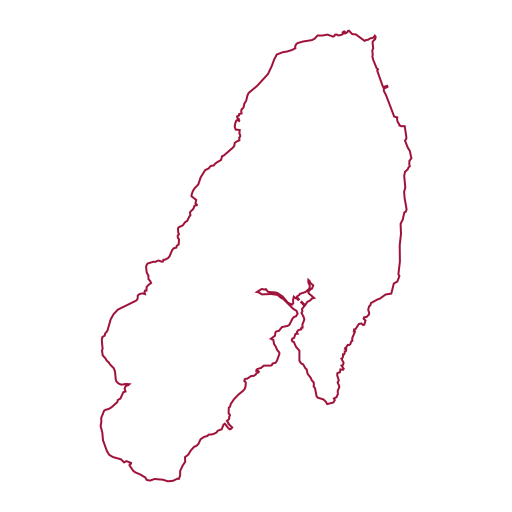 Maap, Federated States of Micronesia (orthographic projection)
{"feature_id": "79324940B26279629748947", "entity_name": "Maap", "entity_type": "district", "adm_level": 2, "iso_a3": "FSM", "parent_name": "Federated States of Micronesia", "parent_adm1": "", "projection": "orthographic", "projection_center": [138.163, 9.592], "detail": "fine", "context": "isolated", "style": "outline", "palette": "rose", "viewbox_px": 512, "rotation_deg": 0, "n_neighbors": 0, "source": "geoboundaries", "source_scale": "gbopen_adm2", "svg_char_len": 6063}
<svg xmlns="http://www.w3.org/2000/svg" viewBox="0 0 512 512"><path d="M407.8,147.7L405.0,140.6L406.3,138.8L406.3,136.7L404.7,126.2L401.1,126.2L400.7,125.7L399.4,125.5L399.1,124.1L397.6,121.7L397.0,118.9L397.3,117.4L394.2,116.6L386.1,95.3L383.9,91.0L383.8,88.6L387.5,86.9L387.1,85.8L383.2,87.1L382.6,85.9L377.2,70.6L378.0,69.3L376.6,68.1L373.3,60.1L372.4,56.8L372.7,54.9L372.3,50.4L373.2,48.3L372.5,42.2L373.5,40.6L375.1,39.3L375.7,36.9L374.8,35.7L373.4,37.7L370.4,38.3L368.0,39.8L366.1,40.0L364.6,40.9L355.8,34.4L352.2,34.1L349.0,30.7L348.0,30.9L347.4,32.2L345.4,33.4L344.8,33.4L345.1,32.1L344.5,31.5L343.6,31.6L342.7,32.4L343.1,33.6L342.0,34.6L339.4,35.3L338.0,35.3L336.6,34.5L335.0,34.7L334.3,36.1L332.9,36.6L327.5,34.6L322.5,35.5L317.5,35.5L314.8,38.6L311.9,40.1L303.1,41.5L297.8,43.0L296.1,44.3L295.1,46.6L295.4,48.2L292.2,49.9L287.2,51.5L282.8,52.2L276.8,54.5L274.1,59.6L271.7,66.2L268.0,74.0L257.1,85.9L248.6,93.0L247.4,95.6L246.2,100.7L244.2,103.8L244.0,105.9L243.2,108.0L241.6,109.3L241.2,111.1L241.6,113.4L239.1,114.1L239.0,115.5L237.1,116.4L237.2,117.7L238.7,118.8L239.3,120.5L239.0,121.0L237.5,119.9L236.3,120.6L235.2,123.5L234.7,126.8L235.7,129.6L239.7,130.0L239.4,133.5L240.2,135.3L240.1,136.7L239.2,137.7L239.4,140.3L236.3,141.7L234.7,143.0L234.2,146.1L232.6,147.9L223.8,155.5L222.0,156.3L221.1,159.9L216.7,162.5L214.7,164.1L214.1,165.2L213.2,165.7L211.4,165.7L209.9,166.7L209.0,168.2L205.0,170.3L200.6,177.5L198.3,184.4L194.5,188.4L192.8,191.2L191.6,194.7L191.5,196.3L196.2,199.9L195.5,203.3L196.9,204.9L196.6,205.4L195.4,205.3L194.3,206.0L193.9,207.7L192.7,209.6L190.7,211.4L190.0,212.5L190.4,215.4L189.3,216.5L187.2,221.0L185.3,222.0L182.6,225.5L178.6,227.3L178.0,228.5L178.2,232.5L179.0,234.3L177.7,235.6L177.8,237.6L179.0,239.3L178.7,244.4L176.7,245.9L176.3,247.6L173.7,248.3L172.2,250.0L169.5,256.4L168.0,258.1L165.0,259.7L163.4,259.8L162.9,261.5L161.7,261.7L158.9,260.6L157.4,260.8L155.7,261.8L153.2,261.8L147.6,263.5L146.4,265.4L146.1,267.3L146.7,272.5L148.4,275.6L148.5,279.2L150.2,281.0L151.1,283.0L148.4,285.0L146.6,287.1L146.5,290.6L145.0,290.6L144.5,291.8L145.0,294.1L142.6,293.4L139.6,294.0L137.8,295.5L137.6,298.6L137.0,299.8L135.8,300.8L117.9,309.6L113.7,314.0L110.7,319.3L107.4,330.8L105.1,333.6L104.7,335.6L102.4,337.0L101.8,340.2L102.6,348.7L102.0,350.5L102.7,355.4L105.3,358.2L107.0,361.0L108.5,362.1L110.1,364.5L113.8,368.3L115.0,371.5L115.8,379.9L116.8,382.0L118.9,383.7L121.5,384.7L126.0,383.9L129.3,384.2L128.2,385.2L125.7,386.0L124.6,388.6L125.5,391.5L123.3,392.2L120.4,398.6L117.8,400.0L117.3,402.1L111.6,407.2L108.9,408.9L105.3,409.9L104.1,410.7L101.2,418.0L101.3,422.0L100.6,426.1L102.3,432.5L103.0,440.3L106.9,451.0L109.2,454.8L112.8,457.0L120.9,459.3L124.1,462.4L126.3,461.1L131.0,462.9L131.0,463.7L129.6,464.6L129.5,465.4L133.2,470.8L135.2,472.3L140.3,474.5L145.3,477.5L146.7,479.9L149.9,480.6L154.6,479.0L162.9,479.7L167.9,481.3L173.1,480.8L177.3,478.7L178.8,478.9L180.1,475.6L180.2,470.8L182.8,465.3L185.2,461.8L185.0,457.2L188.4,454.5L190.7,450.6L194.0,446.9L196.5,445.8L198.4,444.0L200.6,439.2L204.3,436.8L207.4,436.0L208.5,434.7L212.4,434.3L214.4,433.6L216.5,432.5L217.6,430.8L221.7,429.3L223.5,424.7L224.8,423.7L228.2,428.0L229.7,429.3L231.0,428.9L232.2,427.5L228.3,423.7L228.5,423.1L226.9,420.9L228.7,419.5L229.4,417.9L229.1,416.9L230.0,415.1L228.6,413.2L228.8,407.7L230.0,406.7L230.8,403.9L234.0,399.2L238.3,394.7L243.2,390.7L244.7,388.8L245.4,387.2L245.8,382.9L245.3,381.6L244.4,381.2L244.6,379.4L245.5,378.8L247.2,378.7L251.0,376.1L253.9,375.8L255.6,374.7L256.3,373.4L258.6,372.2L258.8,371.6L258.0,371.0L256.3,370.9L256.5,369.9L257.4,369.0L260.9,368.0L263.9,365.6L270.8,365.6L272.0,364.9L272.6,363.5L275.7,362.7L276.9,360.7L279.4,354.0L279.3,352.5L277.1,349.9L275.6,346.3L274.1,344.2L273.3,339.9L270.9,338.8L275.0,335.7L275.4,332.5L276.2,331.5L279.0,330.8L281.9,327.1L287.6,325.9L289.3,324.9L292.7,318.3L294.1,316.9L296.0,316.3L297.6,313.7L296.5,310.8L293.3,308.9L283.1,298.8L281.1,297.9L277.6,294.9L271.1,294.0L261.8,294.4L258.9,292.5L256.9,292.0L261.7,289.0L265.0,289.6L265.8,289.1L268.1,291.9L275.8,292.5L277.5,293.1L282.6,296.5L287.9,302.7L292.1,304.6L293.2,303.3L293.1,299.8L293.8,296.7L295.7,298.3L296.3,298.0L298.2,299.9L298.9,299.3L296.8,297.1L297.0,296.5L299.4,294.9L299.8,293.9L305.5,292.0L308.9,289.0L309.7,287.5L309.7,285.5L308.3,282.2L308.4,279.9L309.6,281.1L310.4,283.0L313.2,285.4L312.0,288.6L310.8,289.1L308.8,291.1L308.3,292.3L308.9,293.5L314.1,298.0L311.6,298.7L310.4,300.3L307.2,302.0L305.1,305.2L301.7,301.8L301.2,302.4L304.5,305.8L302.0,309.0L302.4,311.4L301.5,312.8L303.8,317.4L304.3,319.7L302.4,324.5L302.6,327.6L301.5,327.7L301.0,328.6L301.2,329.4L298.6,330.0L297.5,331.1L296.9,332.0L297.6,333.7L295.5,333.9L294.1,337.9L292.2,338.7L291.8,340.2L292.4,341.5L293.8,341.9L296.0,346.8L299.4,350.7L299.4,360.4L300.2,362.2L301.4,363.6L303.1,364.3L305.6,368.6L306.6,369.2L307.6,373.8L310.9,378.1L311.7,380.3L313.6,382.2L313.9,385.1L313.6,386.4L315.0,388.1L316.5,396.1L317.8,397.7L323.4,399.4L325.8,401.7L327.2,404.1L333.4,402.5L334.8,400.1L333.9,398.5L336.5,397.2L337.9,394.0L337.7,390.9L339.3,387.1L339.1,385.7L337.6,382.4L338.8,380.5L337.2,375.4L337.4,373.1L339.9,372.3L340.4,369.4L342.9,369.8L343.7,368.7L341.5,365.6L342.9,365.0L343.6,362.8L341.4,358.7L342.3,358.3L343.0,356.7L343.0,354.3L344.2,354.3L344.6,353.5L344.7,351.4L345.8,351.2L346.2,349.5L344.9,348.8L345.3,348.0L346.3,347.9L346.4,346.8L347.8,344.9L349.1,345.0L350.3,344.2L351.3,341.4L352.4,340.8L352.2,338.1L354.9,331.9L353.8,331.5L354.2,329.4L355.2,329.6L358.9,323.9L361.5,323.5L363.0,325.0L364.3,324.7L365.5,320.5L363.6,318.7L364.2,317.2L366.4,317.1L368.9,314.6L369.2,313.0L368.2,309.8L369.0,306.6L370.5,305.0L370.9,303.1L377.2,299.6L380.1,298.5L385.6,294.5L391.3,293.6L393.8,283.5L397.3,281.6L399.4,276.1L398.4,274.2L399.9,261.5L399.7,245.4L401.0,233.7L400.6,223.8L402.7,219.7L404.4,212.3L405.6,211.9L406.6,209.5L404.6,197.9L404.1,191.8L405.3,187.6L404.2,175.9L405.0,171.8L407.7,169.4L408.4,167.6L409.8,166.1L409.3,164.4L409.4,160.9L411.4,158.3L409.8,150.9L407.8,147.7Z" fill="none" stroke="#9f1239" stroke-width="2"/></svg>